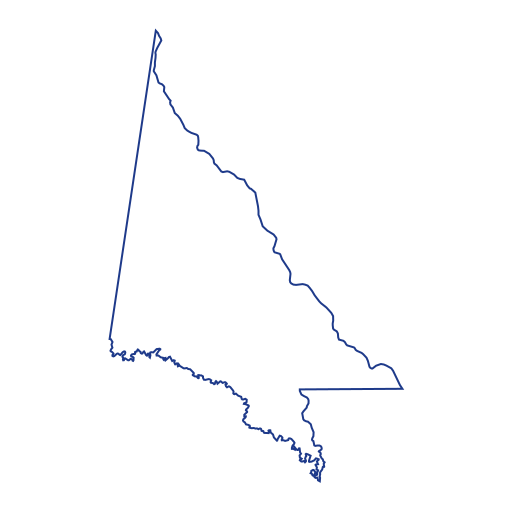 Barranca De Upia, Meta, Colombia (Albers equal-area conic projection)
{"feature_id": "7082276B26667075739233", "entity_name": "Barranca De Upia", "entity_type": "district", "adm_level": 2, "iso_a3": "COL", "parent_name": "Colombia", "parent_adm1": "Meta", "projection": "albers", "projection_center": [-72.985, 4.546], "detail": "fine", "context": "isolated", "style": "outline", "palette": "blue", "viewbox_px": 512, "rotation_deg": 0, "n_neighbors": 0, "source": "geoboundaries", "source_scale": "gbopen_adm2", "svg_char_len": 6105}
<svg xmlns="http://www.w3.org/2000/svg" viewBox="0 0 512 512"><path d="M109.6,339.0L110.8,339.2L112.5,342.0L111.5,344.6L112.4,347.7L111.1,349.3L110.5,350.7L110.7,351.3L112.1,352.0L113.5,353.5L113.1,354.4L112.4,355.1L112.5,356.0L113.3,356.4L114.3,356.1L116.8,353.8L117.6,353.5L118.4,353.7L119.7,354.9L120.3,355.1L122.7,352.2L123.8,351.5L124.7,351.4L125.1,351.8L125.3,352.5L125.0,353.9L124.6,354.4L123.3,355.0L122.4,356.4L122.5,357.0L123.3,357.7L122.9,359.4L123.2,360.3L123.9,360.2L124.2,359.1L125.2,358.4L128.2,360.3L129.0,360.2L130.4,359.0L131.6,359.1L132.2,359.6L132.6,360.7L133.1,360.9L133.5,360.2L133.6,357.6L132.9,357.0L131.2,356.5L131.0,355.4L131.9,354.4L133.6,354.0L134.4,354.1L135.1,353.8L135.2,353.4L135.0,352.1L135.5,351.7L136.6,351.6L137.7,349.5L138.3,349.7L139.3,351.1L140.5,351.8L140.8,353.1L141.6,353.6L142.4,353.5L143.6,351.6L144.1,351.4L146.1,355.1L146.9,355.7L147.5,355.5L147.8,353.7L149.1,353.6L149.7,355.0L149.4,357.1L149.9,357.6L150.4,355.4L150.1,353.4L150.3,352.5L151.1,352.2L153.3,352.4L156.6,349.1L159.6,348.7L160.3,349.1L160.3,349.5L159.0,350.5L156.4,354.4L156.6,355.5L158.4,355.5L160.7,357.3L163.1,357.8L163.3,359.2L163.6,359.6L164.6,358.1L165.5,357.9L165.6,358.9L165.0,360.0L165.3,360.5L167.9,358.3L168.8,357.1L170.0,356.7L172.2,361.0L173.7,360.2L174.7,360.6L174.3,362.5L175.1,364.3L175.6,364.3L176.7,363.4L178.0,363.4L178.8,364.4L177.8,365.0L177.7,365.6L177.9,366.3L179.4,365.6L183.6,368.3L184.7,368.4L186.8,368.0L188.2,369.0L190.2,369.3L193.7,372.9L193.8,373.9L192.8,374.6L192.8,375.2L194.9,376.4L196.5,376.4L198.0,378.1L198.5,378.2L198.8,377.9L198.2,375.2L198.9,375.0L199.9,375.4L201.3,375.4L203.0,376.4L203.0,377.8L203.9,379.7L205.3,379.9L208.5,379.1L209.8,379.3L211.2,380.3L210.6,382.1L210.9,382.7L213.0,383.1L214.1,384.2L214.8,383.9L215.5,381.6L216.0,381.1L216.7,381.7L217.5,383.7L220.3,381.3L220.9,381.4L222.6,382.9L224.8,382.2L225.5,382.3L226.8,383.6L226.6,384.1L225.8,384.3L225.5,384.6L226.0,386.3L227.0,387.3L228.6,386.4L229.4,386.5L230.4,387.2L233.2,390.7L233.6,391.8L233.3,393.3L233.7,393.9L234.4,394.2L235.9,393.6L238.2,395.7L241.2,396.8L241.7,398.9L242.2,399.4L243.2,399.5L245.3,398.8L246.7,399.7L246.6,402.0L246.1,402.5L244.1,403.3L243.9,403.9L245.3,404.1L248.3,405.3L248.7,405.6L248.8,406.2L247.9,407.8L246.1,409.5L245.9,410.3L247.1,411.5L247.1,412.1L244.3,414.7L244.3,416.3L245.8,416.3L245.8,416.8L245.1,417.8L243.3,419.3L243.0,420.5L243.5,421.5L244.9,422.4L246.0,424.4L248.0,424.8L249.6,425.5L249.9,426.2L249.3,427.3L249.4,427.7L251.7,428.2L253.8,428.0L255.5,428.6L257.0,428.4L258.4,429.2L259.7,428.5L260.5,428.5L261.1,429.0L261.6,430.9L263.3,431.1L263.9,432.6L264.3,432.9L268.7,433.1L269.0,432.3L268.5,430.6L269.1,430.2L270.3,430.3L270.7,432.5L273.0,434.5L273.9,437.4L276.9,440.7L277.2,440.6L277.6,439.2L279.7,435.7L280.9,436.0L282.4,437.5L282.4,438.1L281.7,439.7L281.8,440.3L283.3,440.2L285.1,440.9L288.2,440.1L288.6,438.7L289.0,438.4L290.0,438.4L291.4,439.0L293.9,441.8L294.5,442.8L294.1,443.9L292.6,445.6L291.9,447.7L291.9,448.9L293.4,448.9L294.9,449.7L295.0,449.0L294.2,447.3L294.3,446.8L296.5,449.5L297.3,450.0L297.9,450.0L299.1,448.3L299.6,448.4L300.1,452.4L301.0,453.7L299.6,455.4L299.9,457.6L301.7,458.7L301.2,459.3L300.1,459.6L299.8,460.2L301.1,461.4L302.0,461.6L304.0,461.0L305.0,462.3L305.9,461.4L306.0,460.8L305.1,458.7L305.5,457.2L306.3,456.1L305.7,454.2L306.1,453.8L307.8,454.3L310.6,455.7L309.0,460.7L309.0,461.6L309.3,461.9L311.6,461.6L314.3,460.3L315.9,458.4L316.7,458.5L318.7,459.3L318.5,460.0L317.3,460.9L316.9,461.5L318.0,464.2L315.9,464.5L315.5,464.9L316.9,467.4L316.5,469.4L318.1,470.3L317.7,471.7L317.0,472.4L315.4,472.2L313.7,470.0L313.0,469.9L311.3,470.9L311.2,472.2L310.6,473.2L311.9,473.8L312.5,475.3L313.3,475.8L313.9,475.5L315.1,473.0L317.0,473.3L317.3,473.9L317.1,474.7L314.7,476.0L314.6,477.2L315.6,477.9L317.5,477.6L318.0,480.3L319.8,481.3L320.1,477.8L319.7,476.3L320.2,474.1L320.0,472.9L320.4,471.9L322.2,469.5L322.8,466.9L323.0,466.7L324.0,466.9L324.2,466.7L323.7,463.8L324.6,462.3L323.4,461.4L322.8,459.3L321.8,458.5L320.3,455.7L320.2,455.2L320.8,454.0L320.4,452.7L318.8,451.5L318.9,451.2L321.4,449.5L321.7,448.8L321.5,447.3L320.9,446.3L319.5,445.5L317.5,445.5L315.3,445.9L314.3,445.4L313.4,441.1L312.3,440.4L312.0,439.6L312.3,438.3L313.4,436.2L313.6,432.2L311.7,427.7L310.8,424.3L308.0,421.7L306.1,421.3L304.1,420.3L303.3,419.2L302.2,413.2L303.4,411.4L306.7,407.6L306.9,406.2L308.5,403.4L308.6,400.7L308.2,399.1L306.9,397.5L304.0,396.1L301.4,394.5L299.8,390.9L299.8,389.4L402.4,388.8L399.9,385.0L393.1,370.8L391.3,368.3L386.4,365.6L383.8,364.5L380.9,364.0L376.1,365.7L372.5,368.5L371.6,368.5L370.4,367.9L369.5,366.8L367.9,360.9L366.5,357.7L363.2,354.2L361.6,352.9L357.1,350.9L355.7,349.9L354.7,348.1L353.9,347.4L347.2,345.4L346.2,344.4L344.9,342.1L343.4,340.8L339.0,339.6L338.2,337.5L337.9,333.6L337.4,332.5L336.7,331.3L334.0,329.7L333.1,328.6L332.7,325.1L332.7,323.4L333.2,320.7L333.1,316.1L331.3,312.9L326.4,307.5L321.1,303.3L319.2,301.3L314.7,295.4L312.2,291.2L309.8,288.0L307.7,285.6L305.0,284.6L302.6,284.1L296.1,284.9L293.4,284.6L291.2,283.4L290.2,282.2L289.8,280.2L290.5,273.9L290.2,272.2L289.3,270.2L282.1,259.3L280.2,254.3L279.6,253.8L274.6,252.3L274.0,251.5L273.5,249.9L273.4,248.3L274.5,246.1L276.5,239.3L276.2,237.8L273.6,234.5L267.4,230.7L262.7,226.3L260.5,219.5L258.5,214.8L258.5,210.8L258.0,206.3L255.3,192.6L251.0,188.8L249.7,188.4L249.2,187.8L247.2,185.4L244.2,179.7L239.8,178.9L237.3,177.9L234.0,174.5L229.3,171.8L227.2,171.3L222.9,172.1L221.3,171.5L216.7,165.4L214.4,163.6L213.9,162.3L213.7,160.2L213.0,158.5L209.3,153.9L204.1,150.8L200.4,150.6L198.7,150.3L197.8,149.6L197.1,147.7L197.4,146.0L198.3,144.8L198.5,140.9L198.2,137.2L197.8,135.7L196.6,134.7L191.4,132.9L189.0,131.6L187.2,130.5L184.7,128.1L183.4,124.9L180.2,118.8L177.8,115.7L174.8,113.1L172.9,107.6L170.4,104.4L170.1,102.2L170.6,100.7L169.1,99.1L163.9,91.3L164.3,87.1L163.6,85.8L161.9,84.2L159.7,83.4L158.5,82.5L156.4,75.3L153.8,71.3L153.8,70.2L154.9,66.1L154.9,62.4L155.5,58.0L155.7,54.6L155.4,52.8L155.6,51.6L157.3,47.8L161.3,40.5L160.7,38.4L159.1,35.9L158.0,33.1L155.8,30.7L109.6,339.0Z" fill="none" stroke="#1e3a8a" stroke-width="2"/></svg>